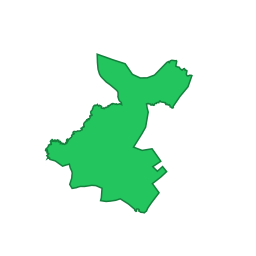 Kalgo, Kebbi, Nigeria (Robinson projection), rotated 53°
{"feature_id": "59680162B5199404243189", "entity_name": "Kalgo", "entity_type": "district", "adm_level": 2, "iso_a3": "NGA", "parent_name": "Nigeria", "parent_adm1": "Kebbi", "projection": "robinson", "projection_center": [4.022, 12.386], "detail": "fine", "context": "isolated", "style": "filled", "palette": "green", "viewbox_px": 256, "rotation_deg": 53, "n_neighbors": 0, "source": "geoboundaries", "source_scale": "gbopen_adm2", "svg_char_len": 5729}
<svg xmlns="http://www.w3.org/2000/svg" viewBox="0 0 256 256"><g transform="rotate(53 128 128)"><path d="M169.5,193.6L173.5,189.7L175.8,186.0L178.3,181.4L179.9,176.8L188.9,173.4L196.8,171.6L198.0,172.1L199.4,171.8L199.5,171.5L199.5,171.0L199.2,170.8L198.6,170.7L198.1,170.2L198.0,169.9L198.7,168.8L199.5,168.3L200.2,168.3L200.6,169.2L201.1,169.3L201.7,168.9L203.0,168.5L204.8,166.5L205.5,166.2L205.4,163.2L203.7,160.1L201.7,154.0L198.4,142.2L187.1,142.0L186.9,131.2L186.1,123.4L179.6,123.6L180.2,130.6L173.8,131.5L174.3,121.8L159.1,121.3L154.4,130.2L146.6,135.1L140.9,120.2L138.0,113.5L127.5,102.3L123.2,100.5L119.9,98.7L120.2,98.2L120.4,97.9L120.4,97.4L120.9,97.2L120.9,96.8L121.9,96.2L122.3,95.8L122.4,96.0L123.1,96.1L123.9,95.3L123.7,94.6L123.7,94.2L124.2,94.1L124.6,94.4L125.1,94.1L125.5,93.6L125.3,93.0L125.0,92.7L124.8,92.3L124.9,91.4L125.1,90.9L125.5,90.5L125.0,90.0L125.5,89.0L125.7,88.7L126.0,88.5L126.3,88.1L125.8,87.5L125.8,87.1L125.6,86.3L126.0,86.0L126.4,86.2L127.1,85.9L128.7,84.4L129.1,83.8L129.9,83.5L130.0,83.1L130.4,82.9L130.8,82.9L131.2,83.4L131.9,83.6L132.3,83.5L132.5,82.6L132.7,82.3L133.1,82.1L133.7,82.2L134.1,81.8L134.2,81.0L134.7,80.9L135.3,81.0L136.2,81.5L136.5,81.6L137.3,81.0L138.5,80.8L139.0,80.1L138.8,79.7L138.7,79.3L138.4,79.3L137.8,78.6L134.0,67.3L131.2,55.3L124.6,45.4L124.0,45.8L123.6,46.2L123.3,46.8L122.9,47.1L122.6,48.7L122.1,49.2L121.5,49.4L120.3,49.1L119.8,48.7L118.3,47.0L117.8,46.5L117.1,46.7L116.4,47.6L115.8,47.2L115.0,47.3L114.5,47.2L114.1,48.1L114.3,48.5L114.3,49.0L114.5,49.6L114.4,50.0L113.3,50.2L112.6,50.6L111.8,50.7L111.0,50.5L109.9,50.7L109.6,51.3L109.0,51.8L108.0,52.2L107.7,52.6L107.2,52.4L106.8,52.0L106.1,51.3L105.5,50.5L104.0,48.9L103.2,48.9L102.8,49.7L101.5,51.0L100.8,51.7L100.1,52.6L99.8,54.2L100.7,55.6L100.3,55.9L99.8,55.7L99.3,55.7L99.0,57.5L101.7,75.0L99.5,82.5L95.4,88.1L87.8,92.2L75.0,91.6L63.9,99.4L50.5,108.2L57.5,113.1L63.0,116.5L67.8,118.3L70.2,118.6L72.0,118.5L78.2,117.7L82.6,116.3L91.3,114.3L93.5,114.5L95.9,116.2L96.9,117.2L100.0,118.3L101.1,118.5L103.6,118.0L105.5,119.0L104.7,119.4L104.4,119.8L104.0,119.7L103.7,119.9L103.4,121.0L103.3,121.4L103.0,121.6L102.8,122.0L102.7,122.6L102.4,122.8L101.7,122.8L101.5,123.7L101.0,123.9L100.3,124.7L99.7,125.0L99.3,125.4L99.5,126.1L99.1,126.1L98.9,126.4L99.1,126.7L99.1,127.1L98.7,127.9L99.1,128.3L99.1,128.7L98.9,129.2L99.0,129.9L98.3,130.2L98.2,130.5L98.4,130.7L99.1,130.8L99.1,131.3L98.8,131.7L98.6,132.4L98.6,133.1L98.2,133.3L98.0,133.7L98.2,135.4L97.8,135.6L97.5,135.3L97.2,135.5L97.2,136.0L96.8,136.7L95.8,137.2L95.4,136.4L95.0,136.2L94.6,136.4L93.8,136.4L93.5,136.7L92.7,137.2L93.0,137.8L92.9,138.2L92.1,138.2L91.6,138.5L90.8,138.3L90.9,139.0L90.7,140.3L89.9,140.5L89.8,141.1L89.7,141.7L90.1,142.5L90.2,143.2L90.9,143.8L91.3,144.8L91.8,145.2L92.1,145.9L92.4,147.5L92.9,148.3L94.5,149.1L94.9,149.1L95.2,148.7L95.7,148.8L96.2,149.1L96.1,149.8L95.7,150.4L95.3,150.7L95.5,151.4L96.0,151.6L96.4,151.5L96.8,151.9L97.5,153.4L97.7,154.0L97.3,154.0L96.9,153.8L96.7,154.1L96.8,154.6L97.2,154.9L96.7,155.6L96.6,155.9L97.2,156.1L97.6,156.4L97.1,157.2L97.2,158.0L97.5,158.7L97.4,159.3L97.9,160.6L98.3,160.9L98.7,161.4L99.2,161.7L100.2,161.9L100.6,162.1L100.6,162.6L100.1,162.6L100.1,163.1L100.4,163.0L100.4,163.6L100.1,164.0L100.3,164.4L100.4,164.8L100.0,165.2L100.0,165.6L100.3,165.5L100.6,165.6L100.7,165.3L101.0,165.1L101.6,165.5L101.8,165.8L101.5,166.2L101.5,167.8L101.2,168.6L100.8,169.2L100.1,169.8L99.8,171.5L98.3,173.1L98.2,173.8L98.4,174.5L98.8,174.8L99.2,174.9L99.5,174.8L99.6,174.5L100.1,174.4L100.2,174.9L100.2,175.3L99.7,175.7L99.6,176.3L100.1,177.1L100.1,177.5L100.9,177.8L101.3,178.8L101.5,182.1L101.3,182.4L100.9,182.7L100.4,183.2L100.4,183.8L100.6,184.2L101.0,184.5L101.1,184.2L100.9,183.4L101.4,183.7L102.1,183.4L102.3,183.7L102.3,184.0L101.9,184.0L101.7,184.3L102.4,185.0L103.1,185.5L103.2,185.8L102.7,186.3L102.5,186.2L102.2,186.2L102.2,186.7L102.4,186.9L103.1,187.1L102.9,187.6L103.0,188.0L103.0,188.4L102.8,188.6L102.4,188.6L102.1,189.1L101.7,189.0L101.3,189.1L101.5,189.5L100.9,189.7L101.0,190.1L100.6,190.0L100.2,190.5L99.9,190.6L99.8,190.2L99.7,190.2L99.7,191.3L99.4,191.1L98.8,190.7L98.5,190.3L98.3,190.2L98.2,190.9L98.1,191.0L97.6,190.8L97.6,191.4L97.3,191.6L97.2,191.8L96.7,191.5L96.3,191.6L96.2,191.5L96.3,191.2L96.0,190.9L95.7,191.3L95.7,191.7L95.3,191.5L95.1,191.5L95.1,191.9L95.4,192.3L95.1,192.5L95.5,192.8L95.5,193.7L95.2,193.7L94.8,193.5L94.9,192.8L94.5,193.2L93.9,193.4L93.8,193.8L93.9,194.1L93.5,193.9L93.4,194.0L93.8,194.7L94.0,195.3L93.6,195.6L93.3,195.4L93.3,195.8L93.1,195.9L93.1,196.4L93.0,196.5L92.8,196.4L92.5,195.6L92.1,195.6L91.7,195.4L91.5,195.6L91.7,196.4L91.6,196.9L92.0,198.1L92.9,198.2L93.3,198.1L93.6,198.3L93.6,198.5L93.8,198.8L94.1,198.9L94.5,198.8L94.8,198.9L95.0,199.1L94.8,199.8L94.3,199.9L94.1,200.1L93.9,201.8L94.2,201.8L94.7,202.2L94.9,203.3L95.2,204.2L95.4,206.3L95.8,206.7L96.0,207.1L96.4,207.4L96.7,207.3L96.7,207.1L96.7,206.8L96.5,206.3L96.6,205.9L96.9,205.6L97.2,205.7L97.4,206.0L97.3,206.7L97.4,206.9L97.6,206.9L98.3,206.4L98.6,206.5L98.7,206.8L98.6,207.2L98.8,207.5L99.2,207.7L100.4,206.8L100.5,206.8L100.4,207.1L101.0,207.2L100.9,207.9L101.2,208.7L101.2,209.4L101.3,209.4L101.6,209.0L101.9,208.9L102.1,209.0L102.0,209.4L102.2,209.5L102.5,209.3L102.7,209.0L103.2,209.0L103.3,209.2L103.3,209.7L103.8,210.6L103.8,210.1L103.7,210.0L103.7,209.7L104.1,209.6L104.3,209.7L104.5,209.4L104.6,208.8L104.8,208.7L105.1,208.9L105.2,209.1L105.5,209.1L106.0,209.3L110.5,205.9L119.1,203.2L120.3,199.7L121.6,196.6L125.0,198.1L128.7,198.9L130.5,199.7L132.0,201.2L134.2,203.1L138.0,208.5L142.6,209.0L144.6,205.1L145.3,202.7L146.2,200.9L148.4,198.1L152.0,191.4L154.7,188.3L160.5,185.0L167.7,191.3L169.5,193.6Z" fill="#22c55e" stroke="#15803d" stroke-width="1.5"/></g></svg>